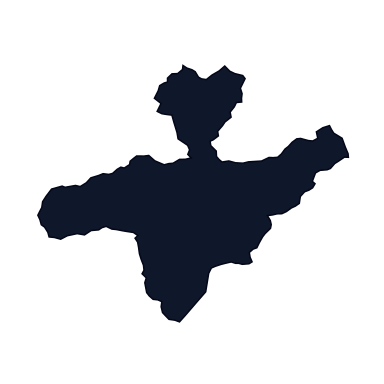 outline of São Bento do Sapucaí, São Paulo, Brazil, rotated 11°
{"feature_id": "56859067B581807535361", "entity_name": "São Bento do Sapucaí", "entity_type": "district", "adm_level": 2, "iso_a3": "BRA", "parent_name": "Brazil", "parent_adm1": "São Paulo", "projection": "mercator", "projection_center": [-45.684, -22.68], "detail": "fine", "context": "isolated", "style": "filled", "palette": "ink", "viewbox_px": 384, "rotation_deg": 11, "n_neighbors": 0, "source": "geoboundaries", "source_scale": "gbopen_adm2", "svg_char_len": 2507}
<svg xmlns="http://www.w3.org/2000/svg" viewBox="0 0 384 384"><g transform="rotate(11 192 192)"><path d="M200.1,62.1L195.6,67.9L189.3,73.4L184.6,78.9L179.7,79.1L176.4,78.0L172.2,73.3L168.7,72.0L163.3,71.3L159.0,69.5L159.3,73.6L155.3,78.5L149.8,79.8L146.2,84.9L147.0,88.7L143.9,90.3L140.0,93.7L139.5,99.1L137.2,107.2L144.7,111.0L142.4,119.5L147.5,120.9L151.3,120.8L157.6,120.4L160.9,127.0L165.9,136.4L168.2,142.5L178.8,147.0L181.6,151.1L180.7,155.9L184.7,158.7L179.1,161.2L173.6,162.3L167.9,167.4L163.9,168.5L159.5,170.6L149.6,168.5L142.6,164.4L138.0,165.9L130.8,167.2L128.0,170.4L125.4,173.6L125.5,177.0L120.9,181.4L117.4,181.2L114.2,184.0L110.5,188.9L106.9,190.6L101.2,191.0L97.2,193.6L90.0,197.4L86.5,203.1L81.2,208.0L76.4,207.8L66.5,211.6L63.4,211.0L53.6,215.9L49.6,224.0L47.2,230.0L47.5,235.9L46.3,239.9L45.1,244.2L48.0,248.2L50.3,252.9L54.0,254.6L58.2,259.1L60.3,263.4L65.6,262.9L72.1,263.4L78.0,258.7L87.2,254.8L94.7,254.6L100.3,249.1L107.6,247.0L110.4,244.2L114.3,242.1L120.4,243.7L124.7,243.3L131.0,243.3L135.3,243.2L142.2,242.9L147.2,245.1L144.9,248.2L148.2,251.6L150.1,256.5L152.2,262.7L155.0,267.9L158.3,273.1L159.8,277.9L158.6,281.8L163.5,285.0L163.0,290.1L166.7,299.4L169.9,302.2L174.3,304.8L179.0,304.4L183.3,305.4L183.6,310.5L186.1,316.0L189.7,318.6L193.7,321.4L199.7,321.1L204.5,321.9L208.8,314.7L218.0,298.6L224.5,287.4L224.1,274.6L223.9,268.6L225.5,262.9L229.2,260.4L234.2,257.6L238.6,255.5L243.8,253.2L248.3,253.7L251.5,253.1L255.1,253.4L261.6,251.6L264.3,249.1L261.5,245.0L259.8,240.4L262.9,236.4L266.3,234.4L267.7,229.1L269.9,222.5L271.7,218.9L276.0,212.7L276.0,208.9L274.3,205.0L270.5,200.8L275.5,199.1L279.7,197.2L284.3,196.2L288.4,193.2L292.6,188.7L296.1,186.2L299.5,182.7L299.2,175.8L302.5,170.3L306.4,167.9L309.6,164.9L311.2,160.4L308.1,158.6L309.6,149.7L313.6,146.3L320.4,144.4L323.4,142.5L326.7,136.8L329.3,134.4L335.0,128.7L338.9,128.1L337.9,124.6L333.8,118.5L329.1,110.6L319.9,107.2L316.9,104.0L314.3,100.6L308.2,103.9L302.6,109.2L305.2,115.3L300.7,118.9L296.4,119.3L288.4,118.7L284.7,119.8L280.7,124.2L277.9,128.9L275.1,132.1L272.5,137.6L269.4,141.6L265.0,142.8L261.0,143.4L254.4,148.3L241.7,151.6L236.5,154.0L229.2,155.0L222.2,154.5L215.8,156.8L212.6,155.1L209.3,152.5L208.0,147.2L201.6,142.9L200.1,138.7L202.9,136.7L207.2,131.9L205.6,127.5L209.3,121.1L211.0,117.0L216.1,111.1L214.2,106.3L217.3,100.3L218.5,95.7L223.6,94.2L222.7,90.4L222.4,85.9L219.7,80.9L222.5,70.6L219.6,68.0L211.4,67.6L206.0,66.2L200.1,62.1Z" fill="#0f172a" stroke="#020617" stroke-width="1.5"/></g></svg>